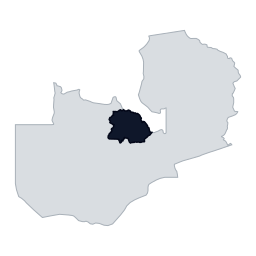 location of Copperbelt within Zambia
{"feature_id": "ZMB-517", "entity_name": "Copperbelt", "entity_type": "Province", "adm_level": 1, "iso_a3": "ZMB", "parent_name": "Zambia", "parent_adm1": "", "projection": "mercator", "projection_center": [27.632, -13.082], "detail": "fine", "context": "in_parent", "style": "filled", "palette": "ink", "viewbox_px": 256, "rotation_deg": 0, "n_neighbors": 0, "source": "natural_earth", "source_scale": "10m", "svg_char_len": 7384}
<svg xmlns="http://www.w3.org/2000/svg" viewBox="0 0 256 256"><path d="M177.7,177.3L164.8,177.3L160.1,178.4L156.3,180.0L151.7,182.5L149.1,184.2L148.4,185.2L148.0,187.3L148.0,190.6L147.5,193.0L146.1,195.1L139.2,197.8L134.6,199.9L130.2,202.5L126.8,205.8L124.5,209.9L120.6,214.9L112.6,223.9L107.9,225.6L104.0,225.2L99.3,223.4L95.6,223.0L92.8,224.2L90.3,223.8L87.9,221.9L86.0,221.2L84.4,221.7L82.3,221.6L78.6,220.6L75.4,217.4L73.7,216.0L72.3,215.5L68.5,215.0L59.6,214.3L50.5,215.9L42.4,217.5L34.2,210.3L26.3,202.8L24.6,200.8L21.6,198.3L19.5,197.1L18.7,196.5L16.5,189.7L15.4,183.6L15.4,124.7L51.3,124.7L53.6,124.5L53.7,123.8L52.1,120.7L52.1,119.6L52.6,117.5L54.2,113.3L54.3,111.9L53.5,107.3L53.6,104.7L54.0,99.5L53.8,97.8L54.6,95.4L54.9,93.9L55.2,93.2L54.8,91.5L54.1,85.3L53.7,82.7L55.8,83.1L56.6,84.4L57.0,85.8L57.9,85.9L60.5,86.7L61.4,87.8L62.0,90.3L61.6,91.5L60.8,92.6L61.6,93.5L63.3,94.1L64.3,93.9L67.2,92.2L69.9,91.6L71.2,91.1L77.2,90.0L78.4,89.4L79.2,89.4L79.8,89.9L79.2,91.7L79.1,93.2L79.8,96.1L80.4,97.5L81.6,98.5L82.5,99.0L83.5,100.1L85.6,99.9L90.1,101.4L91.5,102.1L93.4,102.8L94.8,103.0L99.4,103.6L104.4,104.4L107.0,104.5L108.8,104.3L110.1,103.8L110.9,103.4L111.2,102.9L113.1,97.4L114.0,96.9L115.3,96.7L116.0,97.2L116.8,100.7L120.4,103.8L121.6,106.5L122.5,108.8L123.2,109.4L124.6,110.2L126.8,110.5L128.7,110.6L138.4,114.5L139.4,115.2L140.6,117.2L141.3,119.6L142.1,121.5L143.3,121.8L144.4,121.9L145.5,123.2L146.4,124.3L149.2,128.9L149.6,130.8L151.0,132.0L152.9,132.5L154.6,132.6L155.6,132.0L158.1,131.1L160.0,130.0L161.4,129.6L162.3,129.9L162.9,130.6L163.3,132.9L164.7,133.7L165.7,133.4L166.1,132.5L166.1,132.0L166.1,108.0L165.2,108.2L164.1,108.9L161.5,108.9L160.6,109.4L160.2,110.2L160.4,111.2L160.5,112.6L160.1,113.2L159.0,113.4L157.4,112.9L154.4,112.2L152.0,111.8L150.2,110.0L147.9,107.3L146.3,106.0L142.5,103.1L141.9,102.6L140.8,101.2L139.8,99.0L138.9,96.4L138.4,94.8L139.3,92.2L141.5,84.0L142.0,81.4L143.8,78.8L143.9,76.4L143.2,73.4L143.4,71.8L143.6,62.3L143.1,59.4L141.9,56.1L139.2,51.5L139.2,50.5L143.4,47.5L144.6,46.4L146.8,44.0L148.2,41.9L149.2,40.3L149.5,38.1L148.8,36.1L150.2,35.7L184.5,30.4L185.0,31.8L186.1,34.1L187.2,35.8L188.7,37.3L190.0,38.2L190.8,38.5L196.1,38.4L198.0,39.3L199.6,40.5L200.0,42.3L201.1,43.4L202.3,44.3L202.8,44.4L203.7,44.2L205.1,44.2L206.4,44.6L207.0,45.0L207.1,46.5L207.5,47.2L209.3,47.4L211.1,47.5L212.9,48.6L214.8,48.7L217.0,49.2L218.0,50.3L220.3,51.4L223.2,52.4L226.3,54.1L226.4,54.6L226.9,55.6L227.5,56.3L227.5,57.3L227.8,58.3L228.6,58.5L229.3,58.6L229.9,57.9L230.7,57.9L231.7,58.3L232.0,59.4L232.7,60.9L233.9,62.0L234.7,63.0L234.4,64.7L233.9,66.4L235.5,68.0L237.5,69.6L238.1,70.2L238.3,72.5L238.6,73.3L240.0,75.2L240.6,76.5L240.6,77.2L236.8,81.0L234.5,81.6L233.5,82.4L232.9,83.2L234.4,86.9L235.2,88.4L234.5,90.2L233.1,93.2L232.4,93.5L232.2,95.8L232.7,96.6L233.4,97.3L233.7,98.8L233.7,102.7L232.7,107.2L234.4,111.0L235.0,111.4L237.4,111.5L237.8,111.8L237.2,112.9L235.6,114.6L232.6,115.9L228.3,117.4L227.4,118.8L226.8,120.8L227.3,122.0L227.9,122.7L227.7,124.5L227.3,126.4L227.5,127.8L227.3,129.1L226.7,129.8L225.9,131.8L225.0,133.7L224.3,134.7L223.2,135.6L221.5,136.4L221.6,136.8L223.5,137.7L224.0,138.3L224.2,138.8L223.4,139.8L224.2,140.4L225.3,140.9L226.3,142.2L227.5,144.7L227.7,145.0L228.1,145.0L228.7,144.7L229.9,143.7L230.7,143.4L231.8,144.8L213.9,150.9L209.7,152.2L203.4,154.4L201.3,155.2L199.7,156.0L183.0,160.8L180.4,161.8L174.5,164.2L174.3,164.7L174.4,165.8L174.9,168.1L175.9,170.2L176.8,171.4L177.4,174.6L177.7,177.3Z" fill="#d9dde1" stroke="#a8b0b8" stroke-width="1"/><path d="M123.6,109.7L123.7,109.8L124.5,110.7L125.0,110.9L125.9,111.0L126.8,110.9L127.4,110.8L127.8,110.5L128.0,110.2L128.7,110.1L129.1,110.3L130.2,110.9L130.5,111.3L130.5,111.8L130.7,112.2L131.1,112.3L131.4,112.3L131.7,112.3L133.2,112.4L133.3,112.5L133.4,112.9L133.5,113.0L134.0,113.4L134.3,113.3L134.6,113.0L135.0,112.9L135.4,113.0L135.7,113.3L136.0,113.6L136.6,113.6L136.9,113.5L137.3,113.5L137.7,113.6L138.0,113.8L139.6,115.2L139.9,115.7L140.3,116.6L140.5,117.1L141.1,117.8L141.3,118.1L141.3,118.6L141.1,119.0L140.8,119.2L140.6,119.5L140.7,120.0L141.1,120.5L141.6,120.9L141.9,121.4L141.9,122.4L142.1,122.6L142.4,122.6L142.7,122.5L142.9,122.3L143.2,121.7L143.4,121.5L144.3,121.7L145.1,122.5L146.4,124.2L146.8,124.5L147.1,125.5L147.4,125.6L147.5,125.7L147.5,125.8L147.4,126.0L147.4,126.4L147.4,126.5L147.5,126.6L147.9,127.4L148.1,127.5L148.5,127.5L148.9,127.9L149.5,130.8L149.8,131.6L150.4,132.2L150.6,132.5L150.9,132.6L151.3,132.5L151.7,132.4L152.0,132.4L152.0,132.5L151.9,132.6L151.1,133.4L149.9,135.0L149.7,135.1L148.9,135.4L148.3,135.8L148.1,135.9L147.7,136.3L147.4,136.8L147.2,137.0L144.5,139.1L144.4,139.2L144.4,139.3L144.5,141.6L144.4,141.7L144.2,141.7L142.6,141.8L141.9,141.9L141.8,142.0L141.5,142.1L141.3,142.2L141.2,142.2L141.1,142.3L139.9,142.4L139.5,142.3L138.6,142.0L138.4,142.0L137.8,142.0L137.4,142.1L137.0,142.2L136.9,142.2L136.7,142.2L135.4,141.9L135.1,141.9L134.9,141.9L134.8,142.0L134.7,142.0L134.4,142.3L134.2,142.4L133.5,142.4L132.4,142.5L132.2,142.5L131.9,142.6L131.3,142.6L131.1,142.7L130.7,142.9L130.5,143.0L130.4,142.9L130.2,142.8L129.8,142.5L129.5,142.1L129.3,141.8L128.1,138.5L127.8,138.3L127.4,138.2L125.8,138.0L125.5,138.0L125.3,137.9L125.0,137.6L124.9,137.6L124.5,137.5L124.2,137.8L124.2,138.1L124.3,138.3L124.2,138.6L123.8,138.7L123.7,138.7L123.6,138.9L123.6,139.0L123.7,139.3L123.5,139.6L122.9,140.4L122.9,140.5L122.9,140.8L122.6,140.9L122.4,140.7L122.3,140.3L122.1,140.3L121.8,140.3L121.6,140.4L121.5,140.7L121.6,141.0L121.7,141.4L121.5,141.9L121.1,142.4L120.6,142.8L120.2,142.9L119.9,142.7L119.7,142.1L119.6,141.7L119.5,141.4L119.5,141.1L119.4,141.0L119.4,140.9L119.1,140.6L119.0,140.4L118.8,139.9L118.9,139.7L118.9,139.4L117.2,139.1L109.3,138.9L108.7,138.5L108.4,138.2L108.2,137.9L108.1,137.7L108.1,137.4L108.2,136.2L108.3,135.8L108.4,135.5L108.5,135.3L108.6,135.2L108.9,134.9L109.0,134.9L109.1,134.6L109.3,133.7L109.5,133.4L110.1,133.1L110.3,133.0L110.4,132.9L110.5,132.8L110.7,132.3L110.7,132.2L110.8,132.2L111.3,132.0L111.4,131.8L111.5,131.7L111.7,131.3L111.8,131.1L111.8,130.9L111.8,130.5L111.7,130.3L111.5,129.8L111.5,129.7L111.4,129.5L111.4,129.2L111.5,129.0L111.5,128.9L111.6,128.7L111.8,128.5L112.9,127.8L113.1,127.7L113.4,127.3L113.4,127.1L113.5,127.0L114.0,124.7L113.9,124.6L113.7,124.6L113.1,124.7L112.9,124.6L112.9,124.4L112.7,124.2L112.4,123.9L112.2,123.7L111.8,123.7L111.7,123.7L111.4,123.4L110.8,123.2L110.7,123.1L110.5,122.9L110.3,122.8L110.1,122.7L109.9,122.6L109.9,122.4L109.9,122.2L110.1,122.0L110.2,121.6L110.3,121.4L110.4,121.1L110.3,120.9L109.9,120.6L109.8,120.4L109.7,120.3L109.6,120.1L109.5,119.9L109.4,119.9L109.2,119.7L109.2,119.4L109.3,119.2L109.6,118.2L109.7,117.9L109.9,117.7L110.0,117.5L110.2,117.4L110.3,117.4L110.7,117.4L110.8,117.3L111.0,117.2L111.3,117.0L111.5,116.8L111.7,116.4L112.4,115.6L112.5,115.4L113.5,115.2L113.5,114.8L113.3,114.4L113.3,114.2L113.2,114.1L113.2,113.8L113.3,113.6L113.4,113.4L113.5,113.2L113.5,112.6L113.4,112.5L113.2,111.8L113.2,111.7L113.3,111.5L113.8,111.6L114.3,111.6L114.5,111.6L114.9,111.5L115.1,111.5L117.5,111.8L117.6,111.7L117.8,111.6L118.0,111.3L118.1,111.2L118.4,111.1L118.7,110.9L119.0,110.6L119.2,110.4L119.4,110.4L119.5,110.3L119.6,110.2L119.9,110.0L120.1,109.9L120.4,109.8L120.6,109.9L120.9,110.1L121.2,110.3L121.1,110.5L121.7,110.7L122.0,110.8L122.3,110.5L122.6,110.4L123.5,109.8L123.6,109.7Z" fill="#0f172a" stroke="#020617" stroke-width="1.5"/></svg>